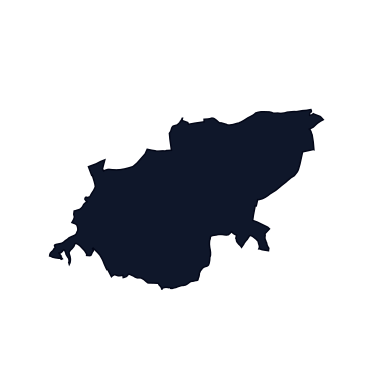 Madaras, Mures, Romania (Mercator projection), rotated 129°
{"feature_id": "2599482B13293210118033", "entity_name": "Madaras", "entity_type": "district", "adm_level": 2, "iso_a3": "ROU", "parent_name": "Romania", "parent_adm1": "Mures", "projection": "mercator", "projection_center": [24.418, 46.612], "detail": "fine", "context": "isolated", "style": "filled", "palette": "ink", "viewbox_px": 384, "rotation_deg": 129, "n_neighbors": 0, "source": "geoboundaries", "source_scale": "gbopen_adm2", "svg_char_len": 6069}
<svg xmlns="http://www.w3.org/2000/svg" viewBox="0 0 384 384"><g transform="rotate(129 192 192)"><path d="M280.2,147.8L279.5,146.8L279.1,146.5L278.0,145.8L276.3,144.4L274.6,143.5L272.5,142.1L271.7,141.6L270.7,140.7L270.2,140.0L269.7,139.8L269.4,139.4L268.3,138.5L266.5,137.8L263.8,137.1L262.7,136.8L261.8,136.2L260.7,135.1L260.1,134.6L258.7,133.6L258.0,132.9L257.4,132.4L257.0,132.2L256.7,132.1L256.4,132.2L255.5,132.7L253.7,133.3L253.2,133.5L252.8,133.8L251.8,134.2L251.4,134.5L251.2,134.8L250.8,135.0L248.3,135.8L247.6,135.9L247.0,135.9L246.5,135.8L244.7,136.0L243.7,135.7L242.5,135.3L241.7,134.8L240.3,133.8L239.3,133.4L238.3,133.3L236.5,133.9L233.8,135.4L231.6,137.0L230.0,137.6L229.3,138.0L227.2,139.7L225.6,141.4L224.0,143.3L221.7,145.6L219.7,147.1L218.2,148.0L217.4,148.2L215.1,149.5L214.7,149.6L213.6,149.1L212.6,148.4L209.8,145.8L209.0,145.3L208.3,144.6L206.7,142.7L205.7,141.3L204.8,139.7L203.9,138.3L203.5,137.9L202.7,137.2L202.4,136.9L201.9,136.8L201.0,136.6L198.0,136.3L198.2,133.6L197.9,131.8L197.5,130.2L199.6,129.2L200.4,128.8L200.7,128.0L202.1,126.4L202.5,125.5L203.1,122.9L203.2,121.1L203.4,119.9L203.8,118.7L200.0,119.0L198.9,119.3L196.0,119.4L193.9,119.3L192.5,119.5L192.3,119.5L191.9,119.5L189.9,119.8L189.6,119.7L189.2,119.4L188.6,118.3L188.3,116.3L188.3,115.5L188.3,113.6L188.3,112.0L188.6,110.7L188.5,110.4L188.7,109.8L188.8,109.4L189.7,108.4L191.4,105.9L192.2,105.1L192.6,104.8L194.1,104.3L193.7,103.8L193.0,102.0L192.8,101.3L192.4,100.6L189.5,95.6L188.6,96.2L187.9,96.6L187.4,96.9L187.2,97.3L186.9,98.1L186.9,98.6L186.3,99.6L186.1,100.1L184.4,102.3L184.0,103.3L183.2,104.4L182.8,105.4L181.5,106.7L179.3,108.1L178.8,109.1L171.9,108.6L171.7,110.9L172.0,112.3L174.3,122.3L175.9,127.0L171.2,129.8L163.0,134.2L162.4,133.3L156.6,136.2L155.9,135.3L153.4,133.4L151.9,132.6L149.8,131.7L147.0,130.8L144.7,130.3L137.6,127.9L130.5,126.5L124.8,125.2L123.3,125.0L118.7,124.1L114.9,122.8L110.0,122.9L107.8,123.4L102.4,125.7L91.6,131.1L91.3,131.4L85.2,126.5L83.3,125.0L82.6,124.5L82.4,123.9L77.0,129.1L72.0,134.6L71.2,136.1L70.2,137.5L69.4,139.4L69.3,140.4L65.2,138.6L60.8,138.0L59.3,137.7L56.0,136.7L53.2,135.5L52.7,138.8L52.7,140.1L54.4,145.3L54.8,146.7L54.8,147.0L56.9,147.5L58.4,148.8L57.3,149.8L55.8,150.3L54.6,149.7L53.8,150.3L53.1,151.5L56.5,154.4L59.2,157.3L63.6,161.2L64.3,162.0L65.1,163.1L65.8,163.9L70.0,168.2L71.3,169.1L72.3,169.8L74.5,171.9L75.4,172.9L76.7,175.0L79.1,177.7L79.5,178.3L79.8,178.9L80.0,180.0L80.4,180.9L80.9,181.9L81.1,182.3L83.9,186.0L86.1,188.7L86.7,189.3L88.6,190.9L90.5,192.2L90.8,192.3L92.0,192.4L94.1,193.0L96.5,194.0L99.2,195.2L103.7,196.7L105.7,197.5L106.7,197.9L108.3,198.8L109.1,199.0L109.4,199.3L109.5,199.5L110.5,200.3L113.8,202.6L116.6,205.2L117.2,206.1L117.8,207.1L117.8,207.4L117.8,207.8L118.0,208.3L119.9,212.8L120.9,214.0L121.0,214.3L121.0,214.8L121.0,215.9L120.9,217.4L120.9,218.9L121.0,220.6L121.2,221.6L122.0,223.0L122.9,223.7L123.4,223.9L125.2,225.5L127.9,228.4L129.8,226.7L136.6,233.0L141.6,237.3L141.2,238.2L140.7,239.0L142.7,244.8L140.7,245.8L140.9,246.0L142.1,245.6L143.8,245.4L144.4,245.5L144.9,245.4L145.3,245.1L149.2,245.7L151.7,247.5L152.9,248.2L153.8,248.2L155.1,248.0L157.7,246.9L158.9,246.6L160.6,246.5L165.1,242.1L172.5,234.2L175.9,238.0L176.9,238.5L177.3,239.0L177.7,239.6L178.6,240.8L180.0,242.3L181.8,244.3L182.6,245.3L183.2,246.7L184.8,249.4L187.0,253.7L191.9,252.4L204.1,252.9L209.0,253.8L209.9,254.2L213.0,256.3L216.5,258.9L219.7,261.7L222.4,264.6L225.1,268.3L226.7,270.8L227.6,271.7L229.5,273.0L231.3,274.0L230.3,276.3L229.8,276.4L221.9,280.0L225.8,282.2L230.4,284.2L237.5,288.4L242.2,280.4L241.6,280.1L245.4,274.5L247.3,272.0L248.8,270.4L251.0,269.8L252.8,269.4L255.2,269.2L257.3,268.9L259.2,268.5L259.6,268.5L260.1,268.4L260.5,268.5L261.3,269.3L261.7,269.4L262.2,269.7L262.2,270.0L262.4,270.2L262.4,270.6L262.7,271.1L263.1,271.3L263.6,271.3L264.3,271.1L265.0,270.7L265.2,270.0L265.6,268.6L265.7,267.4L267.8,268.1L269.2,268.3L270.5,268.2L271.7,267.9L272.7,267.8L274.2,267.9L275.4,268.1L276.3,268.4L278.8,270.1L279.8,270.7L280.9,271.6L283.7,269.9L284.5,268.9L285.1,268.0L285.8,267.5L287.0,267.0L288.4,266.6L291.3,266.1L290.2,262.8L290.1,262.1L290.1,261.1L290.3,260.4L291.2,259.0L292.2,257.8L293.1,257.0L294.5,256.3L295.0,256.3L295.5,256.2L297.0,255.7L298.1,255.6L298.6,255.7L299.7,256.1L300.9,256.7L302.4,257.5L304.1,258.3L304.9,258.7L306.8,259.0L308.3,259.4L309.3,259.8L311.7,260.2L312.4,260.4L313.4,260.8L314.2,261.3L318.0,264.4L319.0,265.1L319.8,265.3L320.1,265.2L320.5,264.7L320.7,264.1L320.9,263.6L321.3,263.4L323.1,263.5L324.8,263.2L325.3,263.2L325.9,263.3L326.6,263.5L328.7,263.6L329.9,263.2L331.3,262.4L330.8,261.3L330.4,259.4L329.0,256.6L327.3,253.8L326.4,252.7L326.6,251.3L325.5,250.7L324.7,253.9L324.1,253.5L323.6,255.8L323.4,256.8L323.1,257.0L322.9,256.7L322.7,256.2L322.0,255.8L320.5,255.5L320.0,255.4L319.7,255.7L319.2,255.7L319.0,255.4L317.5,255.4L317.4,255.1L317.5,254.2L318.7,251.9L319.7,250.6L320.7,247.9L321.2,246.1L322.2,244.8L323.5,243.7L324.2,243.6L325.4,241.9L323.7,242.3L322.1,243.2L320.6,244.3L318.8,246.3L317.5,248.3L316.6,249.3L315.8,249.7L313.5,249.9L311.7,249.6L310.2,249.6L308.6,249.6L306.1,250.4L305.4,250.2L304.7,249.2L304.4,247.7L304.3,245.2L304.6,243.0L305.2,238.5L306.5,234.8L307.6,234.0L305.9,231.5L305.3,231.0L304.9,230.8L304.3,230.8L301.4,231.6L300.4,231.6L299.6,231.8L298.5,233.7L297.8,233.6L298.4,227.3L299.0,223.8L300.5,219.9L301.4,218.0L303.1,215.0L305.2,210.9L305.9,209.2L305.2,208.8L308.5,201.3L307.6,201.2L306.8,201.0L306.1,200.7L305.2,200.3L304.4,199.4L304.5,199.0L303.6,196.7L302.9,195.8L302.0,194.9L300.2,193.3L301.8,191.6L300.7,190.8L298.9,189.8L297.2,189.6L296.6,189.7L295.9,189.8L295.6,189.5L295.3,188.8L295.0,188.0L294.6,186.3L294.1,184.6L293.9,182.6L293.2,180.6L292.8,180.0L291.9,179.0L290.8,177.4L290.3,174.2L290.4,171.9L290.4,169.2L290.0,168.5L286.6,164.1L284.2,160.8L284.3,160.3L284.8,159.3L285.0,158.6L285.1,157.3L285.4,156.3L285.7,155.4L286.5,154.5L286.4,154.2L285.7,154.3L284.7,154.2L283.1,152.9L282.5,152.3L281.7,151.2L281.2,150.2L280.2,149.0L279.7,148.0L280.2,147.8Z" fill="#0f172a" stroke="#020617" stroke-width="1.5"/></g></svg>